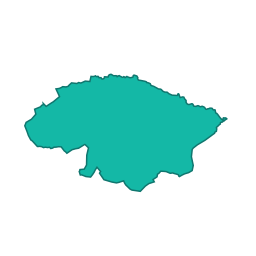 Kankara, Katsina, Nigeria, rotated 154°
{"feature_id": "59680162B8390528040617", "entity_name": "Kankara", "entity_type": "district", "adm_level": 2, "iso_a3": "NGA", "parent_name": "Nigeria", "parent_adm1": "Katsina", "projection": "orthographic", "projection_center": [7.349, 11.973], "detail": "fine", "context": "isolated", "style": "filled", "palette": "teal", "viewbox_px": 256, "rotation_deg": 154, "n_neighbors": 0, "source": "geoboundaries", "source_scale": "gbopen_adm2", "svg_char_len": 3510}
<svg xmlns="http://www.w3.org/2000/svg" viewBox="0 0 256 256"><g transform="rotate(154 128 128)"><path d="M166.3,86.6L162.4,83.7L159.9,83.1L158.9,83.0L155.1,82.4L155.2,80.1L155.0,77.9L152.9,72.1L151.7,70.5L144.7,65.7L137.9,68.2L133.6,68.9L128.0,68.1L128.1,70.7L123.3,71.4L121.7,73.6L120.2,73.7L117.5,74.8L115.1,73.5L112.8,72.1L109.9,68.8L107.5,68.0L106.7,67.1L104.5,65.2L103.2,63.8L103.4,62.3L103.1,61.8L100.0,62.0L97.2,62.0L93.1,61.3L89.0,61.6L85.8,65.7L83.6,74.4L79.7,80.6L78.1,81.4L72.9,82.5L64.3,83.2L53.9,85.1L52.5,85.3L52.2,85.8L51.9,86.1L51.1,86.2L50.0,86.3L49.4,87.2L48.6,88.3L48.5,89.4L48.1,89.8L46.5,90.2L45.3,90.7L43.3,91.1L43.0,91.7L42.5,92.3L41.5,92.3L40.9,92.0L39.7,92.2L39.3,93.1L38.6,93.0L38.4,92.3L37.4,92.6L35.2,92.9L35.7,94.2L36.8,94.7L37.8,95.3L38.6,94.6L39.2,94.2L40.0,94.6L40.8,97.2L41.1,98.9L41.4,100.7L41.8,102.2L42.4,102.7L42.4,103.8L42.2,104.5L42.0,105.2L41.8,106.0L42.4,106.5L43.1,106.7L43.5,107.2L43.6,107.9L43.7,108.7L44.7,109.5L45.9,110.0L47.1,110.0L47.8,110.3L49.0,110.3L49.7,110.6L50.0,111.8L50.1,112.9L50.6,113.7L51.2,114.4L51.9,115.1L53.3,115.2L54.1,115.9L54.7,116.8L55.3,117.4L56.2,117.6L56.8,117.6L57.4,117.6L58.0,118.0L58.7,118.4L59.2,118.7L59.4,119.7L59.2,119.9L59.2,120.2L59.3,120.4L59.3,120.9L59.5,121.4L59.9,121.8L60.9,122.0L62.3,122.2L63.3,122.6L64.2,123.5L64.6,125.6L63.8,127.0L63.8,127.7L64.3,129.2L64.3,131.3L65.3,132.0L67.7,132.5L67.7,134.0L67.4,136.0L67.6,136.6L68.3,136.7L68.8,135.9L69.5,135.7L71.5,136.8L74.0,138.2L75.0,139.5L76.1,140.7L77.1,143.0L79.3,144.2L80.6,145.9L81.2,148.0L82.0,148.9L83.5,149.7L84.0,150.5L86.7,154.3L87.1,154.6L87.7,155.2L88.7,156.2L88.6,157.2L88.6,158.1L89.3,159.0L90.4,160.1L91.2,160.6L91.2,161.3L91.6,161.9L92.6,162.8L95.9,165.3L97.4,166.3L97.7,166.8L97.7,168.3L97.1,168.9L97.2,170.8L98.3,171.9L99.0,172.6L99.5,172.9L99.9,172.9L100.3,172.8L100.6,172.4L100.9,171.9L101.3,171.6L103.4,172.0L103.9,172.2L104.5,172.6L105.4,173.6L106.3,174.4L106.4,174.8L106.7,174.9L107.5,174.7L108.0,174.5L108.6,174.6L108.8,175.4L109.3,176.0L109.9,175.8L110.4,175.8L111.2,176.4L111.7,177.2L112.2,177.7L112.9,178.9L113.3,178.9L114.1,179.2L114.7,178.9L115.3,178.9L115.4,179.8L115.8,180.3L116.6,180.6L117.6,181.1L118.3,181.5L118.7,182.2L119.4,183.4L120.0,183.8L121.0,184.0L122.0,183.9L122.6,183.6L123.4,182.6L124.0,182.8L125.7,183.8L126.5,184.3L126.8,184.3L127.3,183.4L128.3,183.0L129.4,183.2L130.0,183.6L130.2,185.1L132.0,185.9L132.1,187.3L132.5,187.7L133.4,187.7L134.1,188.4L134.3,189.1L135.7,189.2L136.9,189.6L138.6,190.6L141.9,186.5L145.9,188.9L149.7,189.0L150.7,189.1L152.4,190.5L154.4,190.4L159.0,193.3L162.6,192.2L163.5,191.7L164.6,191.9L165.5,192.0L166.5,192.5L167.4,193.1L168.6,193.8L170.2,193.6L172.4,193.7L175.6,194.7L175.7,188.7L175.8,186.2L183.7,184.3L185.9,184.1L192.1,183.3L193.4,187.2L193.6,186.5L193.9,186.1L195.0,186.2L195.3,186.2L195.8,186.1L196.1,186.0L197.3,185.4L203.7,185.8L204.8,180.8L210.9,178.2L217.1,177.7L219.8,175.2L220.3,168.9L220.8,164.9L220.6,159.9L219.7,158.4L218.5,154.3L217.6,151.2L217.1,150.8L215.6,150.3L213.9,149.2L212.5,147.4L210.7,147.0L208.9,145.7L207.0,145.1L206.4,143.4L204.5,143.0L202.9,143.2L201.2,142.4L198.5,141.6L196.3,140.3L195.3,135.3L194.6,134.1L194.0,132.1L187.8,133.0L184.4,132.4L181.2,131.5L174.3,132.2L173.8,131.9L172.2,127.5L177.0,121.6L181.5,112.9L185.4,110.2L189.4,111.7L190.1,110.8L190.9,110.3L191.5,106.7L190.1,106.1L187.1,102.8L183.1,100.3L180.2,101.7L177.7,103.2L176.1,104.5L173.1,106.3L171.7,100.9L173.4,99.9L172.3,92.1L166.3,86.6Z" fill="#14b8a6" stroke="#0f766e" stroke-width="1.5"/></g></svg>